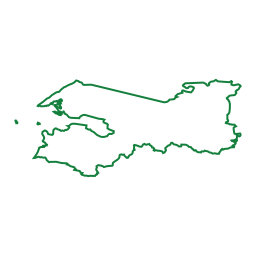 map outline of Leningrad (Natural Earth projection)
{"feature_id": "RUS-2336", "entity_name": "Leningrad", "entity_type": "Region", "adm_level": 1, "iso_a3": "RUS", "parent_name": "Russia", "parent_adm1": "", "projection": "natural_earth1", "projection_center": [31.635, 59.881], "detail": "fine", "context": "isolated", "style": "outline", "palette": "green", "viewbox_px": 256, "rotation_deg": 0, "n_neighbors": 0, "source": "natural_earth", "source_scale": "10m", "svg_char_len": 5795}
<svg xmlns="http://www.w3.org/2000/svg" viewBox="0 0 256 256"><path d="M43.2,101.7L46.9,98.6L49.4,97.5L51.8,95.2L55.6,92.8L56.8,92.2L59.1,91.8L61.0,89.7L63.8,87.4L65.3,86.8L68.6,85.0L72.4,83.5L74.3,82.4L76.2,80.5L78.4,81.1L79.5,82.0L81.7,82.6L83.2,84.7L83.8,84.9L91.3,84.7L164.1,102.3L166.5,102.0L167.6,101.5L168.7,100.7L169.4,99.7L173.7,99.2L174.4,99.0L175.2,97.8L177.0,97.0L175.5,96.5L175.5,96.2L177.7,94.1L182.5,92.7L182.0,91.3L182.4,90.5L183.5,90.5L186.1,91.6L191.0,92.4L192.5,90.8L193.9,88.2L193.8,87.6L193.5,87.3L192.2,86.7L190.6,86.4L189.2,86.6L188.7,87.0L188.0,88.0L186.6,88.2L185.9,87.9L184.7,86.8L183.4,86.3L182.9,85.6L183.1,85.0L185.3,83.3L202.7,82.6L203.8,82.8L205.9,83.9L207.0,85.4L207.7,85.7L208.8,85.2L209.2,84.3L208.8,83.6L208.9,83.3L210.8,81.7L213.6,81.3L215.9,79.9L217.5,81.1L218.2,81.4L229.4,82.2L231.3,81.1L232.0,81.7L231.3,84.2L231.4,84.6L232.9,85.2L234.1,85.2L238.3,84.3L240.3,85.5L240.6,86.3L239.3,87.6L239.1,88.6L237.3,90.2L236.7,90.2L236.2,91.1L235.8,91.2L235.6,91.9L236.3,93.0L235.2,94.6L234.6,95.1L230.3,95.5L229.0,96.1L228.3,96.9L226.8,98.0L227.0,98.8L228.3,99.7L228.5,100.7L229.1,101.1L229.4,101.9L229.9,104.3L229.8,109.0L229.3,112.7L228.2,114.2L227.3,114.8L227.4,116.8L227.3,119.1L228.1,120.3L228.1,121.1L227.7,121.5L226.0,122.3L225.8,123.0L226.2,123.2L228.8,123.7L229.8,124.3L231.2,124.3L232.0,124.7L234.4,124.7L236.0,126.3L234.4,127.0L233.6,127.9L233.8,130.6L234.4,133.4L234.8,133.8L235.9,134.0L240.1,133.5L240.5,134.1L240.5,135.3L240.1,136.0L239.3,136.4L237.2,135.4L236.8,135.5L237.0,136.6L236.8,138.9L235.3,139.6L236.9,140.2L237.0,140.5L236.6,141.0L236.0,141.1L232.4,140.3L231.5,140.5L231.9,141.0L233.8,141.5L234.6,142.5L235.7,142.9L235.6,143.5L234.6,144.8L233.0,145.3L232.4,145.9L232.5,146.4L234.1,146.8L234.0,147.2L230.5,147.4L228.9,148.3L227.6,148.7L225.1,148.8L222.8,149.7L222.5,149.5L222.3,148.9L222.0,149.0L220.8,150.2L220.5,151.2L219.2,152.6L219.2,153.5L219.0,153.8L217.2,153.8L214.7,153.3L212.6,153.6L211.2,152.7L209.4,152.4L207.7,151.3L205.7,151.0L204.7,150.6L203.7,151.5L201.6,151.4L201.1,151.8L201.0,152.4L198.2,152.2L196.8,151.6L195.8,150.2L195.2,150.2L194.7,150.6L193.6,150.2L193.3,149.4L191.9,148.5L191.0,147.2L188.8,146.8L187.9,145.7L185.6,144.7L181.3,144.6L181.2,146.2L180.9,146.5L178.7,146.4L178.0,145.7L176.5,144.9L173.7,144.3L172.3,142.8L171.1,142.9L170.4,144.5L169.2,145.3L168.1,145.6L165.3,148.1L165.2,148.7L166.0,150.0L165.9,150.5L164.5,152.5L163.1,153.0L162.5,151.6L161.3,151.2L159.2,150.7L158.0,150.8L156.9,150.4L155.1,150.2L154.7,150.3L154.5,150.7L154.0,150.5L153.6,150.1L154.3,149.4L154.2,148.6L153.2,147.6L152.1,147.5L151.6,146.1L150.0,145.2L149.3,144.0L146.3,144.7L145.2,144.5L144.6,143.9L143.9,144.1L143.0,144.6L141.9,146.5L141.1,146.8L139.7,146.6L137.6,145.7L134.4,144.9L133.9,145.4L134.2,146.8L133.9,148.4L134.0,148.9L134.6,149.4L134.6,150.0L133.3,150.5L132.7,151.5L132.6,152.9L131.9,154.1L129.7,155.2L128.4,156.5L128.2,157.1L128.3,157.5L128.0,157.7L126.8,157.9L125.2,156.4L124.3,155.4L124.1,154.6L122.4,154.8L121.7,154.4L120.1,154.7L119.6,155.2L119.5,156.9L119.1,158.0L117.8,159.4L113.8,162.1L112.9,163.0L112.7,165.3L112.3,165.7L106.9,166.2L104.1,167.0L103.6,166.9L102.9,166.2L101.8,166.0L101.2,165.5L100.0,165.5L98.3,165.1L96.5,166.3L96.9,167.6L96.4,168.5L96.2,169.3L96.3,169.9L98.2,172.8L96.9,173.3L96.8,173.8L97.2,174.1L97.0,174.4L95.5,175.1L94.9,176.0L90.5,175.8L88.2,176.1L86.4,175.6L84.9,175.7L81.8,174.7L81.4,174.3L82.4,173.0L80.6,172.7L79.7,171.0L74.2,169.9L74.4,169.6L75.5,169.4L75.7,169.2L75.0,168.5L74.5,167.5L73.8,167.1L70.2,166.1L68.6,164.9L66.9,164.5L67.3,163.6L66.4,163.3L61.5,163.0L56.2,161.8L50.2,161.9L49.1,162.2L46.8,160.2L45.9,158.3L45.1,157.5L43.5,157.7L41.2,157.1L40.2,157.4L38.6,156.7L35.1,157.9L33.9,158.0L36.3,154.6L37.9,151.8L38.7,149.3L39.2,148.6L39.0,148.0L39.6,147.5L41.0,147.0L44.1,147.0L44.6,146.5L42.1,146.0L43.0,145.8L45.1,145.6L46.2,145.0L46.8,145.3L47.0,144.7L45.7,143.8L44.9,142.5L43.2,141.7L42.7,141.1L43.7,139.5L44.2,137.9L43.7,136.3L42.4,134.4L42.2,133.7L42.6,131.8L44.7,130.5L45.6,130.7L47.2,131.8L48.2,134.1L52.1,134.9L52.9,134.4L53.2,133.5L53.3,130.8L53.5,130.0L54.8,128.7L55.4,128.4L56.4,128.5L57.5,129.3L60.0,130.0L60.5,130.7L61.0,130.9L62.3,130.5L64.0,130.9L65.3,129.9L66.3,130.0L67.7,129.4L69.3,127.6L69.2,127.1L67.9,126.1L68.8,126.1L70.7,124.4L72.6,123.7L75.3,123.8L86.5,125.4L86.0,128.2L88.6,129.6L90.4,129.5L91.2,130.8L93.8,132.1L97.1,135.0L100.9,136.8L103.8,137.0L107.2,136.1L108.6,134.3L109.7,133.8L111.6,134.0L113.6,132.9L113.8,131.2L109.4,129.5L107.5,128.4L107.6,126.0L107.9,124.8L107.3,123.9L104.0,122.6L103.4,121.7L103.7,120.5L104.4,119.7L102.6,119.1L99.0,118.8L84.9,114.9L83.2,115.0L81.6,115.7L80.1,116.8L79.4,117.7L79.3,118.2L70.9,117.8L68.9,117.2L66.6,114.5L65.0,113.9L63.9,111.7L63.5,111.5L63.1,112.4L62.1,112.4L58.8,111.1L56.3,107.5L54.7,105.8L54.3,105.1L55.2,104.9L56.0,105.1L56.5,106.4L57.0,106.8L58.8,107.5L60.5,108.6L61.0,108.4L61.1,107.9L61.0,107.1L60.0,106.0L59.9,104.0L60.1,103.3L60.7,103.3L59.6,101.5L59.9,101.1L61.4,101.5L62.0,100.7L61.7,99.8L60.9,99.2L59.9,99.6L57.8,101.1L56.5,101.0L55.3,101.5L54.0,101.4L53.4,101.7L52.9,103.0L51.8,102.9L51.3,103.1L51.7,103.5L51.8,104.0L50.9,103.7L50.4,103.9L48.5,105.6L47.1,105.4L46.5,106.0L45.4,105.8L43.8,106.3L40.4,106.2L39.6,105.8L39.5,104.9L38.2,106.2L37.7,106.0L38.0,105.4L43.2,101.7ZM60.4,113.8L61.4,114.2L60.9,114.5L60.7,115.1L58.9,114.8L57.0,113.7L56.8,112.2L57.5,112.3L57.8,112.2L58.0,112.5L58.6,112.5L60.4,113.8ZM59.4,103.8L58.4,104.6L57.8,104.5L57.5,104.0L57.5,102.8L57.9,102.4L58.6,102.3L58.9,102.5L59.4,103.8ZM17.3,122.4L17.4,122.9L17.3,123.2L16.3,123.2L15.4,120.7L15.5,120.5L15.9,120.5L17.3,122.4ZM55.3,111.7L56.3,112.7L56.2,113.4L55.8,113.4L53.8,111.8L54.6,111.6L55.3,111.7ZM39.6,123.4L39.8,123.9L37.9,124.4L37.5,124.1L37.5,123.8L37.9,122.7L39.6,123.4Z" fill="none" stroke="#15803d" stroke-width="2"/></svg>